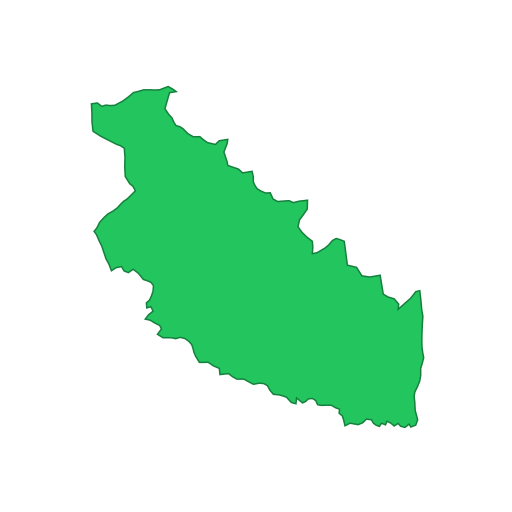 outline of Japorã, Mato Grosso do Sul, Brazil, rotated 194°
{"feature_id": "56859067B58863435977493", "entity_name": "Japorã", "entity_type": "district", "adm_level": 2, "iso_a3": "BRA", "parent_name": "Brazil", "parent_adm1": "Mato Grosso do Sul", "projection": "natural_earth1", "projection_center": [-54.53, -23.825], "detail": "fine", "context": "isolated", "style": "filled", "palette": "green", "viewbox_px": 512, "rotation_deg": 194, "n_neighbors": 0, "source": "geoboundaries", "source_scale": "gbopen_adm2", "svg_char_len": 2932}
<svg xmlns="http://www.w3.org/2000/svg" viewBox="0 0 512 512"><g transform="rotate(194 256 256)"><path d="M392.7,206.7L389.1,210.7L383.9,213.2L380.4,209.6L375.8,209.0L372.0,213.4L366.2,210.9L363.3,208.8L359.7,206.0L354.9,205.6L351.4,205.0L348.3,202.4L347.4,196.9L347.8,191.8L348.7,187.4L351.0,184.0L349.4,179.2L345.8,181.4L342.5,177.6L346.0,173.1L348.2,168.0L343.2,168.1L338.0,166.5L332.6,165.3L330.1,162.3L332.7,156.2L326.5,154.2L321.4,155.5L317.5,156.3L314.0,156.3L310.0,158.7L304.8,158.7L300.2,156.8L296.9,154.4L294.9,151.3L293.0,147.7L290.3,144.1L285.2,139.1L281.5,140.0L276.7,141.3L270.8,139.1L264.4,138.1L262.3,132.2L259.3,133.4L254.1,135.2L249.6,133.2L244.7,131.9L238.1,133.6L232.4,132.1L227.5,130.9L222.0,133.4L217.5,134.1L213.5,133.0L210.1,129.2L205.7,126.0L199.4,126.9L192.3,126.4L186.3,122.4L181.5,122.3L182.3,128.1L179.2,126.6L175.3,124.7L172.6,126.9L170.7,130.0L166.8,131.4L163.1,130.2L160.2,126.6L156.3,126.9L151.5,128.3L146.7,129.4L141.7,127.9L137.9,127.6L137.3,123.5L133.6,121.8L131.3,118.1L128.6,112.8L124.3,116.5L116.0,117.1L112.1,120.0L109.4,124.5L104.3,125.0L101.8,122.3L98.6,120.9L95.1,120.5L93.7,124.1L89.5,123.5L89.0,127.3L84.9,126.5L80.8,124.5L77.6,127.9L74.5,125.8L70.0,125.7L66.8,129.9L64.4,127.5L60.1,130.6L59.5,136.2L64.2,144.7L66.5,152.3L68.6,158.1L69.0,162.5L67.8,168.0L66.9,174.2L67.3,179.9L69.0,186.7L68.7,193.1L68.7,197.9L70.6,202.0L72.9,207.7L74.5,213.5L76.3,221.3L77.9,229.0L79.5,237.9L82.2,244.0L84.7,251.3L88.7,262.0L92.3,260.1L95.8,252.3L105.2,238.7L105.9,243.8L111.6,247.9L118.2,248.2L123.3,249.8L130.9,267.4L140.5,263.1L148.5,262.4L155.7,269.3L165.1,269.2L173.9,291.6L178.3,292.2L182.4,292.4L185.6,289.5L188.1,284.4L190.9,280.5L197.6,273.9L201.9,271.9L203.0,278.4L204.9,283.9L211.5,286.8L217.1,290.1L222.3,294.5L222.5,301.7L220.4,306.6L217.6,313.9L219.5,322.6L227.5,319.6L232.8,316.8L237.2,317.7L242.5,316.0L248.1,314.1L253.2,315.4L257.5,320.8L261.9,319.4L267.3,320.3L271.1,321.5L274.0,324.1L276.5,327.2L277.7,332.1L280.3,337.2L289.1,333.4L294.0,336.1L300.2,336.6L305.2,337.0L306.8,340.4L312.3,349.1L311.2,357.8L311.6,362.3L319.6,358.9L322.4,354.4L330.6,354.3L335.2,356.1L339.3,358.2L345.5,356.5L351.7,358.2L357.7,361.9L361.4,363.1L365.0,363.1L367.8,365.6L371.0,369.7L375.1,372.4L380.0,376.9L379.4,393.5L373.2,396.2L376.8,397.7L382.2,399.2L389.8,393.9L394.5,392.5L399.2,391.6L405.1,390.1L410.6,386.9L414.5,384.9L416.9,381.4L420.2,377.1L423.0,373.9L429.4,368.1L433.8,366.7L438.2,366.1L441.8,363.9L447.0,366.1L452.5,363.8L449.8,355.1L447.6,346.5L444.3,337.6L435.8,334.7L431.7,333.7L418.2,330.6L414.1,330.2L409.9,328.7L406.9,319.8L406.0,315.5L404.8,310.3L402.1,301.5L396.0,295.6L392.4,293.9L388.8,290.2L392.1,284.5L395.2,279.7L397.7,277.1L400.0,273.3L402.1,269.3L405.8,264.8L409.9,261.0L412.8,256.5L415.8,251.0L417.3,244.4L419.1,240.8L415.9,238.1L412.2,233.2L407.9,228.1L405.5,224.2L403.2,220.7L400.9,217.0L396.8,212.6L392.7,206.7Z" fill="#22c55e" stroke="#15803d" stroke-width="1.5"/></g></svg>